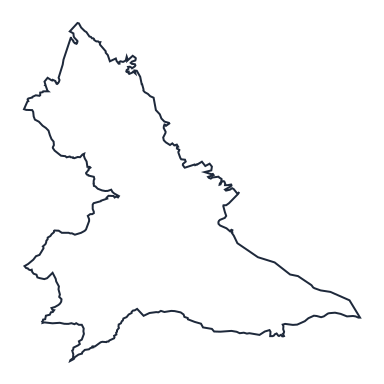 Babana, Arges, Romania (Natural Earth projection)
{"feature_id": "2599482B94335816711173", "entity_name": "Babana", "entity_type": "district", "adm_level": 2, "iso_a3": "ROU", "parent_name": "Romania", "parent_adm1": "Arges", "projection": "natural_earth1", "projection_center": [24.7, 44.889], "detail": "fine", "context": "isolated", "style": "outline", "palette": "slate", "viewbox_px": 384, "rotation_deg": 0, "n_neighbors": 0, "source": "geoboundaries", "source_scale": "gbopen_adm2", "svg_char_len": 5787}
<svg xmlns="http://www.w3.org/2000/svg" viewBox="0 0 384 384"><path d="M249.4,333.2L259.5,334.9L264.8,331.5L269.5,330.1L270.5,331.8L270.2,336.1L272.8,336.1L274.0,335.5L274.8,334.3L276.6,333.5L278.3,335.7L279.0,336.0L281.0,334.8L282.2,336.3L283.1,336.4L284.0,336.1L283.0,333.7L283.8,333.0L284.1,331.8L283.2,329.2L283.4,326.1L282.7,324.6L285.1,323.9L292.9,324.9L297.2,324.6L304.8,321.2L308.4,318.2L313.9,315.7L316.7,316.0L321.1,317.2L323.8,316.4L327.8,313.6L329.1,313.2L335.0,312.7L340.7,313.9L347.0,316.4L353.0,316.0L355.6,316.4L358.4,317.6L360.0,317.6L349.5,300.3L330.4,291.9L320.6,290.4L314.4,288.2L313.1,287.4L311.5,285.2L298.0,276.1L290.1,274.5L274.6,262.4L257.9,257.2L237.4,243.2L233.8,235.7L231.9,232.9L232.2,232.6L231.2,231.6L232.3,230.9L232.4,230.2L231.4,229.8L229.9,231.2L226.5,228.3L220.1,225.5L218.5,223.8L218.4,222.1L218.9,220.9L219.9,219.9L224.8,217.9L226.2,215.9L224.8,211.8L223.3,206.1L223.5,205.3L226.2,205.2L229.0,203.2L238.1,193.9L239.2,192.1L237.5,193.8L233.7,189.1L232.1,188.2L229.9,189.7L226.0,190.6L225.0,189.6L230.2,186.7L231.5,185.6L231.4,185.0L231.1,184.5L228.1,185.1L225.0,185.1L225.2,183.7L224.3,181.5L223.7,181.2L222.5,181.3L221.3,182.4L220.5,184.4L219.6,184.7L219.8,183.6L221.5,181.2L221.3,180.4L221.6,179.6L221.5,178.9L219.3,177.6L218.5,176.7L212.4,177.5L210.8,178.6L208.8,177.8L208.1,176.9L213.6,175.0L212.8,173.9L211.4,174.2L204.6,172.1L211.3,170.4L211.9,166.6L209.6,163.7L205.3,166.0L201.9,161.7L197.1,164.6L196.9,164.3L195.1,165.2L194.6,164.5L184.8,167.7L184.2,167.1L182.8,165.0L183.0,163.9L185.7,161.6L185.0,159.7L181.2,159.3L180.3,157.9L178.4,152.6L178.4,151.7L179.2,150.6L179.3,149.8L177.0,148.6L177.3,148.0L176.9,147.1L178.1,146.7L176.8,144.6L174.3,145.4L172.3,143.4L170.0,145.0L165.9,142.4L163.8,140.3L163.2,137.5L165.5,132.9L165.6,131.7L163.7,128.0L163.9,126.0L164.5,124.5L165.4,124.8L166.0,125.8L169.3,123.5L169.0,122.9L164.4,121.6L161.4,118.5L159.8,114.3L155.9,110.1L153.6,97.7L150.2,96.2L147.9,93.9L144.8,92.2L143.4,90.6L143.5,89.3L142.1,84.2L141.7,84.2L140.2,76.8L136.8,70.8L134.7,70.5L135.4,73.5L133.2,71.6L132.1,72.7L129.2,73.9L127.9,72.3L129.5,71.3L126.6,71.9L126.3,71.5L126.7,70.0L128.4,68.9L128.5,67.7L128.1,66.9L129.8,66.7L131.5,67.6L132.0,68.3L134.8,66.4L135.4,65.4L134.9,64.2L132.0,63.9L130.7,62.9L132.0,61.6L135.3,60.5L135.8,58.7L135.6,57.9L132.7,55.8L127.3,60.7L127.5,58.9L126.7,56.6L125.9,59.9L125.0,61.0L123.0,61.9L120.5,61.3L119.5,61.8L119.5,63.7L118.7,63.7L116.6,61.0L115.8,58.5L109.9,61.3L107.8,55.1L105.7,52.7L105.7,51.3L100.1,44.8L99.8,43.9L100.3,42.2L99.2,42.3L98.1,41.4L96.3,41.4L94.2,40.0L93.9,38.8L93.2,38.3L92.0,38.3L90.9,36.9L89.4,36.5L86.4,32.1L84.6,31.0L81.1,27.5L78.9,23.4L77.5,23.0L69.8,31.4L73.4,33.4L73.7,36.3L74.3,37.6L77.4,40.9L77.5,41.8L76.4,42.6L76.9,43.3L76.5,43.8L74.8,43.2L73.3,41.5L73.3,40.8L71.2,38.5L71.0,37.1L63.5,59.7L62.7,64.6L58.6,77.8L59.5,80.0L59.0,81.7L58.0,83.3L57.1,84.0L56.6,83.8L56.1,82.8L56.4,82.6L55.4,81.7L55.3,81.0L52.7,79.8L52.2,80.5L51.4,80.2L47.6,77.8L44.5,81.6L45.5,84.9L45.1,85.3L45.7,85.7L47.4,90.6L48.2,91.3L43.2,91.3L42.7,92.2L40.2,92.6L40.2,95.2L39.5,95.8L35.8,95.3L32.5,96.8L32.3,97.5L28.3,98.5L27.6,99.3L28.3,101.2L27.4,101.5L24.0,109.2L26.2,109.9L32.2,110.1L33.2,111.9L33.7,116.5L34.9,119.6L38.9,121.7L42.6,125.7L45.8,127.9L48.5,130.6L49.9,135.2L51.5,139.1L53.6,141.6L53.9,145.1L52.8,147.3L52.9,148.1L54.6,150.6L61.0,155.7L65.4,156.2L66.6,157.3L69.8,156.5L70.5,157.2L73.0,157.4L73.0,157.9L74.3,158.2L77.7,157.0L80.1,157.2L82.5,154.5L84.2,153.7L83.8,155.5L84.8,158.5L86.6,161.5L87.4,166.9L89.7,166.9L90.4,167.6L88.5,169.0L88.7,169.8L86.1,172.9L86.1,173.4L86.8,174.5L88.4,175.1L88.5,175.6L93.8,176.8L94.4,179.0L93.8,180.1L93.6,182.3L93.9,183.1L93.5,183.8L93.8,184.2L93.9,185.9L95.4,186.4L97.7,188.7L102.0,190.4L105.2,191.0L107.7,190.9L111.2,189.7L112.4,191.9L114.2,193.5L118.9,196.1L118.0,197.4L116.3,196.6L114.6,197.5L113.6,196.0L108.5,195.8L106.6,197.7L107.2,198.6L101.0,200.7L100.8,201.2L93.6,203.2L92.7,204.6L92.7,209.0L93.8,211.7L93.8,213.2L92.2,214.1L90.3,214.1L87.8,215.9L89.1,219.1L89.1,221.1L86.0,229.5L84.6,230.9L81.1,232.8L74.9,234.7L71.9,233.3L70.2,233.4L68.7,232.8L61.8,232.8L58.7,230.7L54.5,230.5L54.0,230.9L53.9,232.3L51.6,234.2L50.4,236.0L47.7,237.6L47.6,239.3L46.4,240.7L46.1,242.6L45.4,244.2L42.9,246.4L43.3,246.8L43.5,248.3L39.5,254.9L36.0,256.2L33.3,259.7L28.1,264.0L24.5,266.1L26.2,268.1L27.7,268.3L28.6,269.4L30.4,270.2L31.7,269.7L32.2,271.9L33.6,273.7L36.5,274.7L37.4,277.4L39.6,278.1L44.3,279.1L47.1,278.2L52.6,272.8L55.7,278.8L56.2,281.4L58.9,286.4L58.5,289.3L59.9,294.5L59.2,296.9L61.5,299.2L61.2,301.7L60.0,303.6L58.4,305.0L54.9,307.0L51.5,308.0L52.5,309.9L54.1,310.2L52.8,312.0L50.9,312.3L49.8,314.7L45.9,315.7L45.2,319.2L43.1,319.6L42.8,321.0L42.2,321.6L42.8,322.2L42.6,322.9L44.5,322.4L52.5,323.3L59.8,322.8L64.3,323.8L68.3,323.9L71.4,323.2L74.5,324.2L76.2,323.2L78.8,324.8L81.8,324.8L83.7,328.5L83.4,331.2L83.9,333.9L81.8,339.6L78.9,341.3L79.8,344.0L78.2,345.3L73.5,347.6L73.1,349.8L72.2,350.6L73.3,354.2L73.0,358.2L70.4,360.1L70.1,361.0L73.8,359.0L74.8,357.2L78.5,354.6L82.0,353.6L82.2,352.4L84.8,349.9L88.9,349.3L90.5,348.0L92.6,347.5L92.0,347.0L92.4,346.4L95.0,346.4L100.6,342.3L102.3,341.8L106.4,342.1L107.1,341.5L108.6,341.5L109.3,340.5L114.1,338.3L114.5,337.2L114.1,335.8L116.4,334.5L116.1,332.8L117.0,331.7L117.0,330.3L118.9,328.0L118.5,326.7L118.7,324.5L120.9,323.3L121.8,321.2L122.8,320.5L123.4,318.5L126.6,317.1L128.7,314.5L131.6,313.0L131.7,311.8L133.1,310.5L134.6,310.4L137.1,308.9L143.6,315.8L149.5,313.0L156.2,312.1L158.4,312.3L160.9,310.9L164.4,312.0L171.3,310.9L174.7,311.1L180.7,312.4L183.6,314.5L184.4,316.9L187.7,318.0L187.9,319.3L194.7,321.9L201.0,323.7L203.0,327.4L211.9,328.9L214.1,331.5L220.2,331.7L231.5,330.9L236.7,331.8L239.7,333.2L243.8,332.7L246.9,333.6L249.4,333.2Z" fill="none" stroke="#1e293b" stroke-width="2"/></svg>